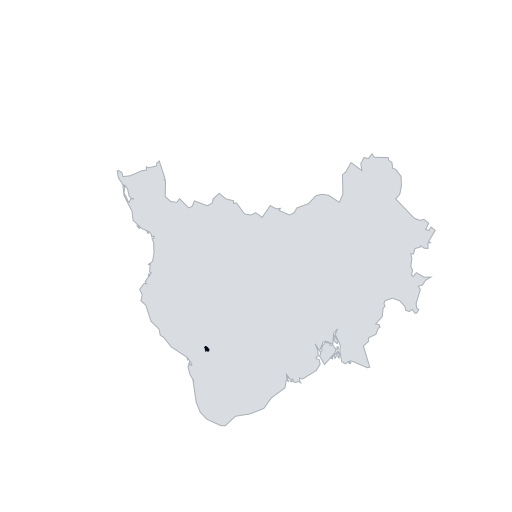 location of Lençóis, Bahia, Brazil, rotated 128°
{"feature_id": "56859067B12550544073428", "entity_name": "Lençóis", "entity_type": "district", "adm_level": 2, "iso_a3": "BRA", "parent_name": "Brazil", "parent_adm1": "Bahia", "projection": "orthographic", "projection_center": [-41.337, -12.43], "detail": "fine", "context": "in_parent", "style": "filled", "palette": "ink", "viewbox_px": 512, "rotation_deg": 128, "n_neighbors": 0, "source": "geoboundaries", "source_scale": "gbopen_adm2", "svg_char_len": 4572}
<svg xmlns="http://www.w3.org/2000/svg" viewBox="0 0 512 512"><g transform="rotate(128 256 256)"><path d="M148.1,132.1L152.2,135.4L157.4,133.1L159.0,135.4L161.9,131.7L169.0,127.5L170.6,124.0L175.2,121.8L175.5,119.6L170.4,119.3L169.2,110.5L164.9,105.2L170.8,107.5L176.2,106.9L180.0,109.5L181.2,105.9L195.0,100.5L198.1,97.4L198.0,94.7L202.1,94.3L203.3,95.4L201.9,100.0L205.4,101.0L206.6,104.6L204.1,107.6L202.8,115.1L205.4,122.8L211.9,126.8L214.7,125.9L216.2,123.3L218.7,123.7L226.2,119.2L235.8,119.9L234.3,116.6L235.9,114.4L237.7,115.2L244.0,113.3L251.0,116.9L254.1,114.8L260.8,115.9L273.6,97.9L275.6,99.6L279.7,115.6L281.8,118.0L286.1,119.3L286.5,123.4L279.3,131.5L274.8,134.2L269.0,145.2L263.2,147.0L269.3,147.1L278.1,141.3L279.9,148.1L282.3,150.2L291.5,147.5L288.8,155.4L292.4,149.0L296.6,145.3L298.7,146.3L299.7,145.2L298.8,142.4L301.7,138.9L308.9,137.9L324.3,143.6L325.4,146.6L327.6,144.5L331.2,146.8L332.2,149.3L330.3,151.2L331.1,152.0L333.1,150.3L333.5,152.0L331.8,153.7L330.6,159.1L333.1,156.8L334.8,152.8L335.1,155.7L342.1,152.0L358.3,156.5L371.3,156.0L384.0,163.4L395.0,173.6L408.8,175.7L411.4,179.5L414.9,194.2L413.4,203.8L407.9,213.3L392.9,229.0L392.9,227.7L390.1,234.9L385.4,241.2L383.2,242.2L381.6,239.3L380.3,240.7L378.3,247.5L379.8,267.0L377.0,278.2L377.4,282.7L373.3,287.3L372.1,298.5L362.6,312.6L362.2,319.1L356.6,321.7L354.0,327.1L346.8,327.3L345.2,325.2L344.7,327.5L333.6,328.1L334.1,330.0L327.3,334.5L323.3,334.5L316.4,338.3L308.1,345.2L306.6,348.4L305.0,347.3L304.5,348.7L302.5,348.2L305.1,350.0L303.2,352.1L302.8,355.6L304.7,363.3L303.6,374.7L297.0,381.4L289.7,397.1L282.4,404.3L282.0,402.0L287.4,399.0L291.6,390.4L291.6,388.9L288.3,389.9L286.1,387.3L287.4,389.9L286.7,393.1L282.3,398.4L281.1,402.5L281.8,404.8L279.0,412.7L274.5,417.7L273.3,417.1L272.8,413.2L275.3,409.6L270.1,404.4L259.3,398.6L255.8,395.3L253.2,397.3L252.6,394.9L246.2,389.8L243.7,391.4L240.7,390.8L251.1,375.2L252.6,375.2L252.1,373.8L265.0,364.2L265.6,356.7L262.5,351.4L257.9,351.6L259.5,338.7L256.4,336.9L250.5,338.4L246.3,325.2L241.1,323.1L237.5,325.0L229.3,323.6L229.5,314.7L226.3,307.8L228.4,306.1L226.2,304.2L229.9,290.9L226.7,285.1L222.1,283.0L221.8,274.9L207.5,275.8L206.4,269.1L203.4,266.1L205.9,265.8L203.1,254.9L198.4,252.6L192.9,253.4L182.4,246.9L171.7,245.9L167.0,242.3L163.5,236.4L162.4,223.3L153.5,225.8L138.9,237.8L134.3,237.0L123.9,238.6L123.5,225.2L118.7,230.3L111.9,231.5L110.1,227.5L104.0,227.4L105.4,223.6L97.1,212.4L99.0,210.0L98.5,206.6L102.7,202.3L101.8,199.3L103.9,190.7L111.3,184.5L118.9,180.7L125.1,181.0L128.8,154.4L127.0,148.8L123.7,146.1L123.9,140.1L130.7,138.6L129.5,135.5L125.4,135.9L125.5,130.5L138.2,129.0L138.1,126.8L140.0,128.5L144.2,125.1L146.3,128.3L146.5,132.5L148.1,132.1ZM283.6,134.2L299.3,135.2L295.6,144.5L292.7,144.8L292.2,146.4L289.9,145.7L287.4,148.1L281.4,148.3L279.3,143.8L280.8,142.6L278.9,141.0L280.2,135.6L283.6,134.2ZM270.2,145.7L272.6,139.1L275.1,138.1L274.9,142.1L270.2,145.7ZM287.9,130.8L286.4,133.3L282.8,132.9L283.4,131.3L287.9,130.8ZM282.5,128.3L281.9,133.3L280.4,132.9L282.5,128.3ZM290.4,133.9L288.1,134.3L287.1,133.9L289.9,132.3L290.4,133.9ZM280.1,134.4L277.8,136.2L276.9,135.3L278.5,133.8L280.1,134.4ZM284.4,129.9L283.3,128.9L285.2,127.8L285.3,128.8L284.4,129.9ZM283.2,117.1L281.9,117.4L281.6,115.6L282.8,115.4L283.2,117.1ZM305.5,368.0L305.0,366.4L305.9,364.9L306.2,365.4L305.5,368.0ZM328.5,333.9L328.9,335.6L327.4,335.3L328.5,333.9ZM304.1,356.7L303.5,355.8L304.4,354.8L304.7,355.2L304.1,356.7ZM332.7,155.7L331.7,157.6L332.7,154.9L332.7,155.7ZM382.4,242.5L380.8,243.0L381.8,241.5L382.4,242.5ZM337.6,328.8L336.1,329.4L335.8,329.1L336.7,328.3L337.6,328.8ZM379.8,245.9L379.2,247.0L378.8,246.3L379.8,245.9ZM328.4,142.8L328.5,143.8L328.0,143.7L328.4,142.8Z" fill="#d9dde1" stroke="#a8b0b8" stroke-width="1"/><path d="M360.6,238.2L360.7,237.9L360.8,237.8L360.9,237.7L361.0,237.7L361.0,237.4L361.2,237.2L360.9,237.2L360.7,237.0L360.7,236.9L360.6,236.7L360.5,236.4L360.5,236.2L360.4,236.2L360.3,235.9L360.3,235.7L360.2,235.7L360.2,235.4L360.1,235.2L359.4,235.3L359.0,235.6L358.9,235.7L358.9,235.8L358.9,236.0L358.7,236.1L358.7,236.3L358.7,236.5L358.8,236.7L358.8,236.8L358.7,236.9L358.8,237.0L358.7,237.2L358.7,237.3L358.6,237.5L358.6,237.8L358.4,237.9L358.4,238.0L358.3,238.3L358.4,238.5L358.4,238.8L358.5,238.9L358.6,239.0L358.5,239.3L358.4,239.3L358.4,239.5L358.5,239.5L358.7,239.9L358.8,239.9L359.0,239.9L359.3,239.9L359.5,239.9L359.5,239.7L359.6,239.4L359.6,239.2L359.5,238.9L359.5,238.7L359.8,238.6L360.0,238.6L360.3,238.5L360.5,238.4L360.6,238.2L360.6,238.2Z" fill="#0f172a" stroke="#020617" stroke-width="1.5"/></g></svg>